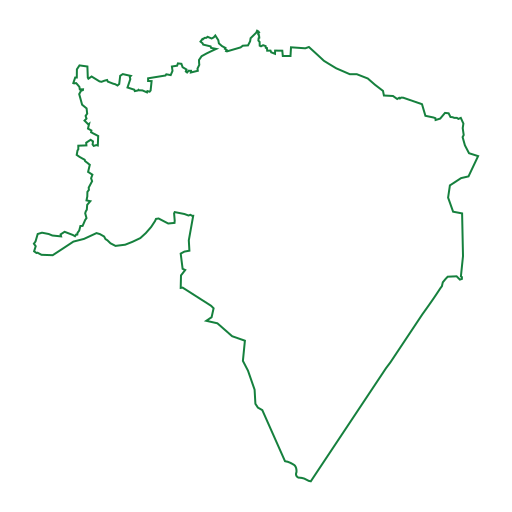 Ar-Raqqa, Ar Raqqah, Syria (Natural Earth projection)
{"feature_id": "27442178B57458390277946", "entity_name": "Ar-Raqqa", "entity_type": "district", "adm_level": 2, "iso_a3": "SYR", "parent_name": "Syria", "parent_adm1": "Ar Raqqah", "projection": "natural_earth1", "projection_center": [39.122, 35.826], "detail": "fine", "context": "isolated", "style": "outline", "palette": "green", "viewbox_px": 512, "rotation_deg": 0, "n_neighbors": 0, "source": "geoboundaries", "source_scale": "gbopen_adm2", "svg_char_len": 4927}
<svg xmlns="http://www.w3.org/2000/svg" viewBox="0 0 512 512"><path d="M79.2,94.1L82.1,104.7L86.6,108.4L87.0,112.2L87.2,113.6L85.6,115.9L86.5,118.6L84.5,120.6L88.3,124.4L89.1,123.8L88.0,128.6L91.4,130.5L91.1,132.3L98.2,136.0L97.8,145.5L96.3,145.1L93.7,145.9L92.6,144.5L93.0,141.4L90.6,139.8L86.2,142.7L86.4,145.4L78.3,145.7L78.3,149.3L77.5,150.5L76.7,154.9L79.7,157.0L84.7,159.8L85.1,161.1L89.8,164.8L88.1,171.9L92.4,174.7L91.1,178.3L92.1,181.2L88.7,187.6L88.9,189.9L87.4,191.9L87.3,196.4L86.5,200.4L90.3,201.2L87.2,204.8L86.8,209.7L85.8,211.3L85.2,213.3L86.5,218.1L85.2,219.9L82.6,225.9L80.4,226.0L79.2,230.6L77.6,232.7L77.3,234.5L76.2,234.5L75.0,236.2L72.9,235.0L64.6,231.8L60.6,234.4L61.1,236.4L52.3,235.5L48.7,234.0L42.0,232.7L37.7,234.0L35.5,241.5L33.9,243.7L35.7,246.2L34.1,251.3L36.5,253.0L37.5,252.7L41.5,254.8L52.7,255.2L62.8,248.6L73.4,241.6L84.0,238.9L96.5,233.1L99.9,234.1L104.1,236.5L105.5,239.1L107.4,240.3L110.5,243.3L115.5,245.9L125.2,244.7L132.5,241.8L140.3,238.1L145.8,233.1L151.2,226.9L155.0,221.1L156.0,218.9L158.6,218.5L163.2,220.9L168.2,223.5L174.5,222.9L174.7,220.6L174.1,213.4L174.7,212.1L184.4,214.0L188.5,215.5L190.4,214.8L192.1,215.8L193.2,215.8L188.8,240.3L189.4,250.7L184.4,251.6L180.7,253.6L182.6,268.8L185.2,270.0L181.0,275.4L180.7,287.9L182.6,287.6L211.1,305.8L213.6,308.3L211.6,317.2L206.3,320.8L217.4,323.3L232.1,336.2L244.9,340.7L242.9,360.9L248.0,370.7L254.6,389.7L255.4,403.8L257.9,407.6L262.3,410.1L285.0,461.2L285.3,461.3L285.5,461.3L286.0,461.4L286.4,461.5L286.7,461.5L286.8,461.6L287.0,461.6L287.3,461.7L287.5,461.7L287.9,461.9L288.1,461.9L288.4,462.0L288.8,462.2L289.0,462.3L289.3,462.4L289.9,462.6L290.0,462.7L290.4,462.9L290.8,463.1L291.0,463.1L291.2,463.3L291.3,463.3L291.8,463.6L292.2,463.8L292.3,463.9L292.6,464.0L292.9,464.2L293.0,464.3L293.7,464.7L294.2,465.0L294.6,465.4L294.8,465.5L295.1,465.9L295.1,466.0L295.3,466.3L295.4,466.5L295.5,466.6L295.6,466.8L295.7,467.0L295.8,467.2L295.8,467.3L295.9,467.5L296.0,467.8L296.1,468.0L296.2,468.4L296.2,468.5L296.3,468.9L296.3,469.0L296.3,469.3L296.4,469.6L296.4,469.9L296.5,470.0L296.5,470.4L296.5,470.5L296.5,470.8L296.5,471.0L296.5,471.3L296.5,471.5L296.5,471.8L296.4,472.0L296.4,472.4L296.3,472.5L296.3,472.8L296.2,473.0L296.1,473.3L296.1,473.5L296.0,473.8L296.0,474.0L296.0,474.3L296.0,474.5L296.1,474.8L296.1,475.0L296.2,475.3L296.3,475.4L296.3,475.6L296.5,475.9L296.5,476.0L296.7,476.3L296.8,476.4L296.9,476.5L297.1,476.7L297.2,476.8L297.3,476.9L297.4,477.0L297.5,477.1L297.8,477.3L298.1,477.4L298.3,477.5L298.5,477.6L298.8,477.7L299.0,477.7L299.5,477.7L299.8,477.7L300.0,477.7L300.4,477.8L300.8,477.8L301.3,477.9L301.7,477.9L301.9,478.0L302.0,478.0L302.4,478.1L302.7,478.1L302.8,478.2L303.2,478.3L303.5,478.4L304.0,478.5L304.3,478.6L308.8,480.9L310.8,481.3L318.5,469.7L386.0,368.2L390.5,362.2L422.3,314.4L428.3,306.0L433.4,298.7L435.9,295.0L440.4,288.2L441.9,286.2L442.8,282.3L445.6,278.9L447.7,276.7L456.6,276.3L459.9,279.6L461.9,278.9L461.9,277.1L460.9,276.4L463.0,256.1L462.1,213.4L453.1,211.7L448.1,197.6L449.9,185.4L461.1,178.1L468.5,176.4L478.1,156.1L469.0,153.2L464.9,145.3L462.6,137.1L463.7,135.0L462.7,128.1L463.4,123.6L460.8,117.9L458.4,118.9L456.9,117.9L454.3,117.9L452.6,117.2L450.5,117.0L448.6,113.3L445.0,112.9L440.2,118.6L435.6,120.0L435.4,118.2L433.5,117.5L425.4,115.8L422.0,104.2L403.2,97.7L401.2,97.6L399.9,98.5L399.2,97.8L397.2,99.0L393.0,96.0L383.9,95.5L383.0,90.9L374.9,84.7L367.8,78.5L356.8,74.2L349.8,74.2L339.9,69.9L336.2,68.3L328.6,63.7L323.9,60.8L317.9,55.2L308.9,47.0L305.3,48.3L291.0,47.3L290.5,56.0L282.8,56.0L282.3,50.7L275.1,50.6L275.0,53.8L271.2,52.3L270.5,50.6L267.2,50.7L266.9,48.0L265.8,47.8L265.6,46.1L263.1,45.2L261.0,46.3L259.7,45.7L259.6,41.9L258.4,40.6L258.6,38.2L259.3,37.8L259.1,36.0L258.8,35.7L258.8,34.7L258.2,34.2L258.2,33.1L259.1,32.5L258.5,31.5L257.1,30.7L256.3,32.6L250.6,38.2L250.1,41.3L248.0,45.4L242.8,45.7L240.6,47.4L226.9,51.4L226.1,51.1L226.7,50.0L224.9,48.8L225.4,47.9L222.0,46.1L218.9,43.4L218.3,40.2L215.3,35.5L213.7,37.4L211.6,38.5L207.6,36.8L206.4,37.8L204.5,37.9L202.9,39.3L202.4,39.0L200.5,41.6L202.5,43.2L203.2,44.6L210.6,46.4L211.1,47.9L216.2,48.9L210.8,51.4L206.5,53.5L201.6,56.2L199.0,60.0L199.1,63.0L199.3,64.8L197.5,68.6L197.8,70.8L190.8,72.5L191.0,70.8L189.6,70.8L188.7,70.7L187.1,72.5L185.8,71.5L186.5,69.5L182.6,67.2L181.4,63.8L177.9,63.4L177.1,65.7L171.9,66.5L172.5,70.9L170.7,75.1L166.3,74.3L165.5,75.5L148.1,78.3L148.1,81.0L151.6,81.1L150.6,90.5L149.6,91.7L147.4,91.1L147.0,92.4L142.4,90.4L139.0,90.3L138.5,89.8L137.8,90.5L134.8,91.1L134.3,89.7L127.5,87.5L130.3,79.1L129.8,77.0L130.8,75.9L122.8,74.1L120.2,75.8L119.2,84.0L117.5,85.5L115.2,84.2L113.2,83.7L107.8,81.6L107.1,80.0L104.4,80.7L101.5,81.8L99.5,81.4L91.6,76.5L88.4,78.7L87.8,77.7L87.4,66.5L79.5,65.4L76.9,69.3L76.8,77.5L75.2,77.5L73.3,83.1L74.1,83.4L76.1,83.1L76.8,83.8L78.5,85.8L79.4,86.9L79.8,89.4L83.0,89.3L82.9,90.1L81.0,90.8L79.2,94.1Z" fill="none" stroke="#15803d" stroke-width="2"/></svg>